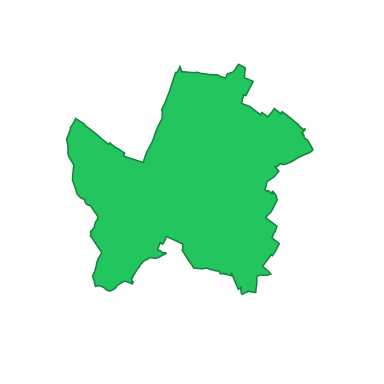 Danesti, Vaslui, Romania, rotated 243°
{"feature_id": "2599482B3410244555477", "entity_name": "Danesti", "entity_type": "district", "adm_level": 2, "iso_a3": "ROU", "parent_name": "Romania", "parent_adm1": "Vaslui", "projection": "equal_earth", "projection_center": [27.662, 46.845], "detail": "fine", "context": "isolated", "style": "filled", "palette": "green", "viewbox_px": 384, "rotation_deg": 243, "n_neighbors": 0, "source": "geoboundaries", "source_scale": "gbopen_adm2", "svg_char_len": 5979}
<svg xmlns="http://www.w3.org/2000/svg" viewBox="0 0 384 384"><g transform="rotate(243 192 192)"><path d="M303.5,238.3L303.6,237.3L306.3,238.0L309.3,238.2L305.8,233.9L305.3,233.2L306.0,232.0L306.0,231.7L290.4,216.1L287.9,213.0L284.5,209.4L278.8,202.0L277.2,202.0L275.0,200.9L271.2,198.8L270.4,197.9L266.4,192.2L262.3,187.2L262.1,186.9L259.5,184.4L256.1,181.0L253.9,178.1L252.5,176.0L250.2,173.0L248.8,170.6L243.1,164.4L240.3,162.1L252.4,149.9L255.5,147.4L256.1,148.1L256.4,148.7L257.1,149.5L257.7,149.7L257.9,149.6L258.5,148.9L263.6,146.1L265.8,144.6L265.9,144.1L266.8,143.9L273.1,141.0L272.4,139.3L281.6,135.1L287.0,133.1L300.6,126.6L301.0,127.1L307.3,123.5L310.4,121.6L309.4,120.5L308.1,118.8L305.9,115.4L304.7,113.1L304.5,112.7L302.8,112.0L301.7,110.5L300.7,109.6L296.6,104.9L295.8,104.2L291.0,102.8L287.1,101.3L283.2,99.3L281.2,98.5L279.3,98.3L269.5,98.9L265.0,95.8L259.3,92.3L256.9,90.9L255.8,90.7L250.2,90.1L243.4,88.9L241.6,88.9L238.1,89.9L237.2,90.3L234.2,92.7L230.7,92.2L229.0,92.5L227.5,93.5L226.2,95.2L219.8,96.1L217.4,96.2L216.3,96.6L213.8,96.9L212.8,96.6L211.9,96.3L211.0,95.5L210.3,95.4L210.3,94.9L210.2,94.6L209.8,94.0L209.3,92.9L208.8,92.2L205.5,89.2L204.5,88.5L204.0,86.8L203.7,86.3L203.3,85.9L203.2,85.7L203.1,84.9L203.2,84.0L203.1,83.9L202.4,83.4L202.1,83.3L201.7,83.4L201.3,83.3L199.6,82.0L199.3,81.6L191.8,82.5L189.8,82.8L187.5,83.0L179.1,84.1L176.8,80.9L174.9,77.8L174.3,77.2L172.1,74.8L169.8,73.2L165.9,69.7L164.4,68.2L163.2,66.3L162.4,65.6L160.7,64.8L158.4,64.7L157.7,64.6L156.4,64.2L153.1,63.4L151.6,62.9L151.5,62.7L151.6,63.6L151.5,64.5L151.2,65.9L150.7,66.6L149.6,67.8L149.2,68.4L145.9,70.6L145.3,70.8L144.4,70.9L142.9,71.8L141.7,72.8L141.1,74.1L140.8,75.0L140.9,78.6L141.4,81.0L142.1,81.7L142.7,83.3L143.2,89.1L143.2,91.6L142.1,92.6L140.7,94.1L139.8,94.8L139.6,94.9L139.0,95.7L138.2,96.5L137.3,96.8L138.3,98.7L139.0,98.7L139.8,98.0L141.8,98.6L142.7,99.1L142.8,99.3L142.4,99.8L143.5,100.9L144.0,101.8L144.3,102.1L145.0,102.5L145.0,103.4L145.2,104.0L145.7,104.4L146.9,106.5L147.9,107.9L148.5,109.2L148.9,110.7L151.0,113.4L151.1,114.0L151.1,114.9L151.9,116.4L152.0,117.0L152.2,117.4L152.4,119.1L152.4,120.9L152.2,122.0L152.7,123.0L152.6,123.8L151.8,126.3L151.0,127.2L150.5,127.9L149.9,128.4L149.6,129.3L148.9,131.4L148.9,134.6L149.0,137.2L148.9,139.6L149.1,140.5L149.1,141.1L149.3,141.1L149.7,141.0L150.6,139.7L150.9,138.9L151.2,138.5L151.2,137.8L151.8,137.6L152.7,137.8L153.8,137.1L156.2,135.0L161.2,140.8L158.7,142.2L159.3,143.0L160.6,145.1L163.7,149.2L153.2,157.6L150.7,159.4L149.7,160.0L148.9,159.4L147.3,159.0L146.8,158.6L145.5,158.0L145.1,157.6L144.8,156.7L144.3,156.9L141.7,157.0L130.9,158.1L128.2,158.5L127.6,158.7L123.4,159.0L119.2,165.7L118.6,167.0L118.5,168.1L117.7,169.9L117.8,170.0L117.0,171.0L114.6,173.1L113.6,174.6L111.4,176.9L110.7,177.8L110.0,179.1L109.1,180.2L106.3,180.1L106.1,180.8L105.9,181.0L105.8,181.3L105.6,181.6L105.6,181.8L105.2,182.3L105.3,182.4L105.1,182.6L105.2,182.9L105.0,183.0L105.0,183.3L104.8,183.5L104.6,183.5L104.5,183.8L104.2,183.8L103.0,185.2L103.4,185.6L102.2,186.3L100.5,187.8L99.7,188.9L99.1,189.5L99.3,189.6L101.7,190.1L101.7,190.4L84.2,189.0L84.9,192.6L83.7,191.9L83.6,191.5L83.2,191.4L82.7,191.0L82.1,190.8L81.4,190.8L79.8,190.1L79.2,189.9L78.9,189.9L78.5,190.0L78.2,190.2L77.9,190.5L78.1,191.1L78.1,191.9L78.0,192.7L78.0,195.2L77.7,195.7L77.9,196.1L78.3,196.3L75.6,200.3L74.9,200.7L73.6,203.3L77.2,205.4L79.5,207.3L87.3,211.4L87.3,212.6L87.1,213.7L87.2,214.8L84.9,218.8L83.9,220.8L83.6,221.5L83.3,224.1L83.0,224.9L84.8,224.7L86.9,224.0L91.9,221.9L93.4,221.1L94.1,222.0L100.0,233.9L98.7,234.6L99.0,235.3L101.5,239.6L106.3,246.4L110.4,244.5L112.7,243.4L114.0,243.0L115.2,242.4L115.5,242.9L115.6,243.4L115.8,243.7L116.8,244.4L116.8,244.9L117.1,245.1L117.3,245.3L117.6,245.6L117.7,245.9L118.3,246.5L118.3,246.8L118.6,247.3L118.8,247.9L119.3,248.6L119.5,248.7L121.0,250.1L121.7,251.0L122.7,251.8L122.9,252.2L135.4,246.1L136.1,247.1L137.1,249.0L137.2,249.7L137.5,250.5L137.9,252.3L138.3,253.4L142.2,258.9L146.5,264.6L148.2,264.6L149.0,264.9L150.1,265.0L151.1,265.4L153.5,264.8L156.0,264.3L155.9,263.8L155.8,263.7L154.5,264.0L154.4,262.9L154.3,262.3L154.5,262.2L155.7,262.0L158.8,260.4L158.9,260.2L158.5,259.1L161.0,258.0L161.6,258.5L163.7,260.9L165.9,262.4L166.7,263.1L167.1,264.0L167.5,265.8L167.9,268.4L167.9,270.1L168.1,271.2L168.4,272.5L169.7,275.5L170.1,276.0L170.7,277.9L171.0,278.8L176.8,277.7L176.3,278.8L176.2,279.7L176.2,280.3L176.3,281.1L177.1,282.7L177.2,283.1L177.1,283.6L176.9,283.8L176.4,284.1L175.7,284.8L175.0,285.9L174.7,286.6L174.5,287.7L174.0,291.0L174.0,291.7L173.8,293.6L174.0,298.0L174.4,301.7L174.4,304.1L174.2,307.6L174.2,309.7L173.8,313.1L173.8,314.7L173.8,315.7L174.6,318.9L180.2,319.0L185.5,318.5L186.5,318.3L187.0,318.0L187.4,317.5L188.4,317.1L188.8,316.7L189.3,316.6L190.5,317.0L191.2,317.4L192.0,317.5L192.2,317.4L192.2,317.2L192.4,316.7L193.4,316.6L193.5,317.4L193.6,317.5L193.8,317.5L194.4,317.6L195.3,317.0L195.3,317.3L195.6,317.9L195.5,318.9L195.6,319.0L195.7,319.5L195.9,319.7L195.8,320.1L196.0,320.3L195.8,320.5L196.3,321.1L197.1,321.3L197.1,320.6L197.3,319.4L203.5,317.1L203.8,317.4L215.7,312.2L222.7,308.8L222.0,307.6L221.3,306.8L229.0,303.3L227.4,300.2L224.6,293.9L231.1,290.4L230.7,289.4L229.6,288.2L242.1,282.2L248.5,276.3L249.6,277.2L249.8,277.5L250.4,278.2L251.4,278.8L252.0,278.9L252.2,279.2L252.3,279.5L252.7,280.1L253.5,280.9L255.0,281.5L255.0,282.0L253.4,283.7L262.7,296.8L270.1,290.5L270.7,290.8L272.1,291.9L273.9,292.8L274.8,293.3L276.8,295.0L277.5,295.4L278.8,295.7L284.7,291.5L283.3,288.7L281.6,286.3L280.5,283.6L280.4,282.3L280.8,279.8L280.9,278.4L281.3,277.5L281.1,276.9L280.7,276.3L279.3,275.0L278.4,273.7L280.2,271.7L280.4,271.5L280.3,271.2L280.9,270.6L281.6,270.1L283.7,268.9L284.3,268.2L285.0,267.5L285.8,266.2L285.9,265.2L286.3,264.8L287.0,264.3L287.2,263.9L287.3,263.2L287.6,262.8L288.9,260.6L291.7,256.8L292.5,255.5L292.9,254.9L294.0,253.2L296.1,251.5L296.6,250.0L298.4,246.2L303.5,238.3Z" fill="#22c55e" stroke="#15803d" stroke-width="1.5"/></g></svg>